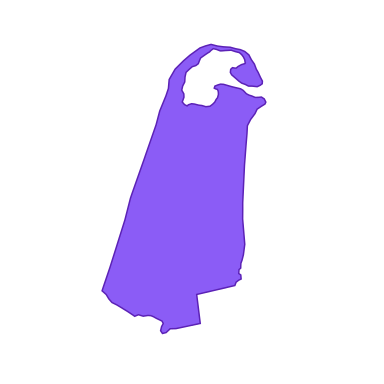 the district of Temotu, Tuvalu, rotated 49°
{"feature_id": "33948139B29442200117602", "entity_name": "Temotu", "entity_type": "district", "adm_level": 2, "iso_a3": "TUV", "parent_name": "Tuvalu", "parent_adm1": "", "projection": "orthographic", "projection_center": [178.67, -7.47], "detail": "fine", "context": "isolated", "style": "filled", "palette": "violet", "viewbox_px": 384, "rotation_deg": 49, "n_neighbors": 0, "source": "geoboundaries", "source_scale": "gbopen_adm2", "svg_char_len": 2154}
<svg xmlns="http://www.w3.org/2000/svg" viewBox="0 0 384 384"><g transform="rotate(49 192 192)"><path d="M248.2,316.8L249.5,312.9L251.0,312.0L253.7,310.3L256.3,306.2L258.3,304.2L259.6,303.5L261.1,302.8L263.9,301.8L267.6,300.2L269.8,299.3L272.4,300.0L273.6,303.2L276.1,306.7L279.4,307.1L281.1,303.8L280.9,298.2L284.6,293.7L296.6,272.0L272.4,255.7L290.7,221.0L289.0,217.9L289.2,214.6L289.9,212.0L286.6,209.6L284.2,210.2L281.4,207.4L281.4,205.2L280.1,204.0L277.9,201.9L276.3,199.0L273.1,194.4L266.1,186.5L245.6,171.5L238.7,165.4L233.4,160.8L206.2,134.8L191.4,119.8L184.2,112.4L178.3,106.7L175.7,100.1L174.2,93.1L172.2,88.5L172.8,83.6L173.5,79.2L172.6,77.3L169.1,76.4L165.9,77.3L163.9,80.1L162.0,82.3L158.7,83.9L156.3,85.4L153.5,86.5L148.9,86.7L146.0,87.6L140.6,91.5L138.0,93.3L134.9,95.3L131.5,97.5L129.3,99.7L128.2,102.1L127.1,105.2L128.2,107.1L128.8,106.9L130.1,106.3L131.0,105.6L132.5,105.8L134.3,106.9L135.8,108.2L137.6,110.9L138.0,113.1L139.1,115.9L139.3,119.0L139.1,121.9L139.1,122.1L136.7,125.6L133.2,127.8L130.8,130.0L127.3,132.4L125.1,134.4L123.8,137.5L123.8,139.2L121.2,140.3L117.7,140.3L115.2,135.9L112.6,133.8L108.4,132.9L105.9,129.5L104.2,125.3L100.6,121.8L97.8,118.0L97.6,113.6L97.6,109.6L99.1,106.2L99.3,103.1L97.8,100.3L96.5,97.6L97.0,92.4L97.4,89.0L97.8,86.9L97.6,84.8L97.8,81.9L100.4,80.0L104.0,78.1L105.4,76.4L106.9,74.3L110.7,69.4L114.3,67.3L117.9,64.8L120.9,64.4L123.7,64.6L126.7,65.4L129.4,67.1L129.6,67.1L129.8,67.8L128.3,71.1L127.5,74.9L127.5,77.2L126.9,78.1L124.7,79.9L124.8,82.3L126.9,84.6L129.6,85.2L135.1,84.4L139.0,83.9L142.4,83.1L145.8,81.2L149.1,79.9L151.5,77.2L155.3,73.7L156.2,70.5L156.4,68.0L154.5,66.1L150.6,65.2L145.1,63.6L141.5,62.9L136.4,61.0L131.1,60.4L125.8,59.1L120.5,60.0L116.3,62.1L112.6,65.0L107.8,68.2L103.3,72.8L98.6,77.0L93.1,80.8L90.6,86.0L88.5,91.5L87.4,103.9L87.4,112.3L88.2,124.1L92.1,135.4L98.4,141.9L102.3,148.5L109.7,163.2L117.8,175.1L117.9,175.3L133.6,202.7L135.4,205.8L153.4,237.5L156.3,242.5L169.1,261.0L185.8,288.2L195.1,303.4L205.5,321.2L207.6,324.7L213.1,324.0L218.2,324.9L222.9,324.9L227.9,322.8L239.9,319.0L246.1,317.3L248.2,316.8Z" fill="#8b5cf6" stroke="#5b21b6" stroke-width="1.5"/></g></svg>